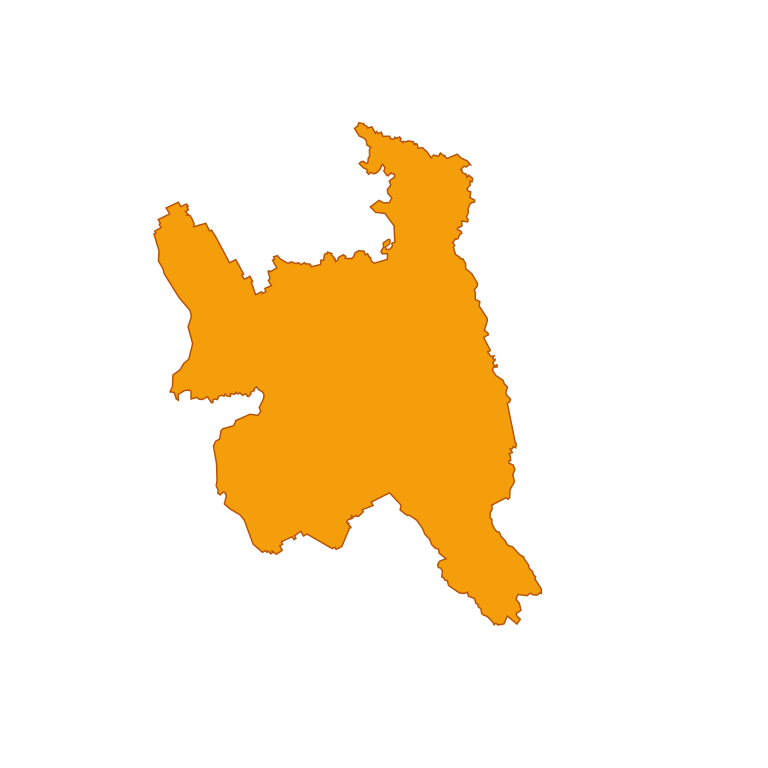 outline of Queanbeyan-Palerang, New South Wales, Australia, rotated 323°
{"feature_id": "25037944B93129192801754", "entity_name": "Queanbeyan-Palerang", "entity_type": "district", "adm_level": 2, "iso_a3": "AUS", "parent_name": "Australia", "parent_adm1": "New South Wales", "projection": "equal_earth", "projection_center": [149.699, -35.456], "detail": "fine", "context": "isolated", "style": "filled", "palette": "amber", "viewbox_px": 768, "rotation_deg": 323, "n_neighbors": 0, "source": "geoboundaries", "source_scale": "gbopen_adm2", "svg_char_len": 6171}
<svg xmlns="http://www.w3.org/2000/svg" viewBox="0 0 768 768"><g transform="rotate(323 384 384)"><path d="M497.1,407.5L497.6,405.5L496.5,401.5L504.2,396.0L506.0,393.4L506.9,379.1L510.1,375.9L507.8,371.0L511.6,366.6L512.8,363.1L517.1,362.1L519.2,360.0L520.5,348.9L518.7,341.2L521.6,336.8L522.3,331.3L520.3,329.9L520.8,328.5L519.1,323.6L521.6,316.8L523.9,315.7L523.9,312.5L528.1,311.2L530.2,312.5L534.8,310.1L536.7,310.6L537.4,308.3L535.5,304.7L536.9,303.7L541.4,304.7L544.1,300.5L548.3,304.8L550.0,303.6L550.3,300.2L554.6,297.9L556.2,294.9L561.4,291.7L566.1,293.1L567.0,291.5L564.8,286.8L568.9,282.8L567.3,280.5L567.6,278.2L572.8,276.8L574.6,273.7L575.9,275.6L578.5,273.4L577.4,268.3L574.6,268.8L575.9,266.1L573.9,262.7L574.8,260.6L574.2,258.8L578.8,258.3L580.5,260.3L584.2,259.8L584.9,260.8L584.8,256.1L581.4,249.4L580.9,244.6L570.4,241.9L569.4,239.4L570.2,238.3L569.0,237.4L568.1,233.5L564.5,234.9L561.4,231.0L557.7,231.6L558.1,224.7L556.9,218.3L553.1,216.3L554.8,212.6L554.1,211.1L552.4,211.4L553.2,208.2L549.4,204.1L547.3,204.0L545.5,202.0L544.5,202.8L543.5,199.2L545.1,198.5L545.2,196.0L543.1,196.0L541.1,193.5L540.7,194.5L538.2,193.8L536.9,191.6L537.7,189.6L532.1,185.5L533.4,181.3L529.9,180.3L530.0,177.9L528.0,178.5L529.1,171.3L524.8,169.6L525.4,167.6L523.7,164.7L524.5,164.0L521.0,160.2L518.6,162.1L514.2,162.2L513.5,171.0L516.2,176.1L516.0,179.4L514.2,183.0L515.9,187.0L513.6,187.8L509.4,193.6L507.5,194.1L504.0,197.7L502.2,196.8L501.7,194.1L500.1,192.9L496.8,193.0L497.8,199.5L499.3,202.0L499.1,204.0L497.9,204.2L497.9,207.2L500.9,207.1L501.9,209.5L504.0,210.8L509.2,210.5L515.0,207.4L515.0,211.8L512.0,213.9L511.8,219.1L512.7,220.3L516.8,219.4L516.8,221.0L518.4,221.8L518.2,223.7L516.6,225.1L510.3,225.1L509.1,229.2L503.7,230.7L501.8,234.1L502.2,240.2L497.1,242.3L492.8,239.3L490.6,234.4L479.7,234.3L480.6,241.9L487.4,248.3L487.3,263.6L477.9,277.3L475.0,276.3L473.7,279.0L469.8,279.9L467.0,278.2L467.0,275.7L473.2,275.3L475.5,272.5L474.5,271.1L468.1,271.0L466.1,274.4L461.5,276.2L460.8,278.0L461.4,279.4L465.3,282.0L461.6,286.5L449.0,281.7L447.8,278.6L449.3,274.7L448.4,274.1L449.3,270.0L446.8,269.5L448.0,265.9L444.0,262.3L439.4,261.9L436.4,264.1L433.5,264.2L428.6,260.3L430.3,259.1L429.3,256.3L423.6,255.5L421.9,257.2L418.9,257.0L420.1,255.0L419.4,254.6L420.3,253.6L419.8,248.8L420.8,248.4L418.2,244.6L417.0,245.6L414.6,244.5L410.3,248.8L408.1,247.1L405.2,250.4L396.6,246.6L397.2,243.9L393.5,240.7L393.6,239.3L389.5,238.7L388.6,235.6L386.1,234.8L383.2,230.4L380.5,230.3L379.1,228.3L376.3,221.3L376.2,217.4L372.4,216.0L371.9,218.4L369.5,218.0L368.3,226.7L361.0,226.1L360.6,224.5L359.2,224.3L356.5,231.1L353.9,231.7L353.3,237.6L346.4,236.0L345.1,239.1L341.4,238.8L341.8,236.7L335.2,235.5L339.3,222.8L340.8,223.1L341.7,217.3L335.9,216.4L335.5,215.0L336.0,211.4L338.0,211.8L340.5,195.5L333.6,194.2L338.2,165.1L338.9,157.3L336.8,156.9L338.4,148.4L326.5,143.8L328.7,141.9L330.0,136.9L330.5,132.5L328.2,130.6L329.5,130.5L329.2,126.6L332.6,127.2L333.1,124.1L334.5,124.4L334.6,121.4L328.5,120.0L329.2,115.1L316.0,112.3L315.1,119.2L302.7,116.8L302.1,121.1L300.6,121.2L300.0,124.9L292.9,124.0L292.6,126.3L290.6,125.7L284.5,142.2L277.9,150.0L276.9,158.5L274.8,163.9L272.4,191.4L273.3,208.8L270.6,214.4L262.0,220.4L255.4,236.7L243.0,246.7L236.2,247.1L229.8,249.9L220.9,249.8L213.4,258.8L208.4,261.5L211.3,264.5L209.1,271.0L210.0,273.2L213.3,268.5L220.9,269.2L225.1,272.0L225.2,274.0L220.9,279.9L226.5,282.1L227.0,284.6L229.5,287.0L235.4,288.0L234.9,295.0L236.2,295.8L237.8,293.6L239.9,294.1L241.4,296.1L244.8,294.4L247.5,295.3L248.9,297.4L251.0,296.4L251.4,299.1L253.7,301.5L255.6,299.4L258.8,302.5L260.7,301.5L261.4,304.1L263.5,304.1L264.1,307.7L268.0,308.8L267.5,311.7L268.2,312.5L271.3,312.1L272.7,310.4L276.4,311.2L277.5,309.7L280.5,309.6L280.4,312.6L282.2,317.4L281.7,320.5L278.8,323.3L270.1,327.8L269.2,331.6L264.5,333.2L258.9,327.6L243.0,323.8L243.7,324.3L238.6,326.8L228.6,322.8L225.9,323.1L219.6,329.0L215.2,328.4L210.4,330.9L202.5,346.6L192.5,360.7L188.8,364.2L187.6,369.1L185.5,371.3L186.4,373.9L190.7,373.6L191.7,374.7L190.8,378.5L184.3,383.7L185.7,390.7L190.4,402.2L190.4,409.1L183.1,433.0L185.6,445.2L189.4,445.9L189.1,447.9L191.1,448.3L191.4,451.5L193.3,451.7L194.2,450.0L195.5,455.2L202.6,455.6L203.4,450.5L206.5,451.0L207.1,448.3L218.7,450.6L218.5,454.2L220.8,454.2L221.3,451.4L229.0,451.5L228.2,456.9L232.3,457.6L243.6,484.3L246.5,484.9L246.2,487.2L252.6,488.4L269.9,478.2L270.9,478.9L271.5,478.2L270.8,474.7L272.2,474.3L270.7,472.0L273.3,470.7L277.4,472.1L276.9,471.1L279.0,469.6L279.0,471.7L283.1,472.4L282.7,473.6L284.2,474.4L290.6,473.5L290.9,471.3L302.2,474.4L302.7,470.6L323.0,474.3L324.7,490.9L321.1,494.4L323.2,502.3L325.4,504.4L328.2,512.6L327.8,522.6L326.2,528.7L327.0,535.2L325.5,540.8L325.9,545.5L328.2,548.9L326.2,552.3L328.4,560.9L322.2,559.0L318.4,560.3L317.0,563.1L318.5,565.4L318.1,568.6L314.0,572.9L315.0,574.6L314.5,577.1L316.2,579.1L314.3,583.8L318.5,596.2L321.7,599.4L325.3,600.6L323.7,604.2L327.2,609.9L325.4,614.5L326.4,616.9L325.1,618.5L326.2,621.9L324.1,625.4L324.1,627.8L326.5,631.6L327.6,639.5L327.0,642.5L329.2,642.3L330.1,645.1L335.4,647.8L342.8,643.5L345.7,655.7L351.3,653.9L350.5,649.7L351.1,647.0L357.2,647.1L360.1,640.6L359.9,635.3L364.3,632.7L371.0,639.2L374.9,639.0L376.2,642.1L379.2,644.7L382.4,644.5L383.7,646.0L386.3,642.2L387.2,630.3L389.1,629.3L388.6,626.3L389.8,623.1L389.1,618.2L390.5,615.8L390.7,607.7L391.5,606.4L389.6,601.8L388.7,591.5L386.0,587.7L385.8,585.7L386.5,581.6L385.7,576.2L387.0,571.8L385.2,569.9L385.1,566.0L386.4,560.0L388.7,557.0L388.1,554.7L391.1,551.0L395.2,548.9L397.2,545.6L412.7,548.2L413.8,550.7L415.8,550.5L421.0,544.3L429.4,540.5L432.2,534.1L437.2,530.8L438.4,526.5L436.1,522.1L437.6,520.7L439.1,521.4L441.7,516.9L441.8,514.9L445.3,516.0L445.6,511.7L447.5,512.9L449.5,511.7L450.8,514.2L453.9,511.1L453.5,510.0L470.9,473.5L473.6,474.0L475.9,472.4L475.2,467.1L476.0,464.3L480.8,460.7L480.1,456.6L481.3,452.6L478.5,444.8L478.9,438.4L481.4,436.4L484.8,438.5L485.7,436.6L483.1,436.1L483.7,432.4L487.1,431.8L487.6,431.0L486.1,430.8L486.6,428.7L488.8,427.8L486.0,426.2L485.9,422.1L486.1,420.7L489.1,421.4L491.6,406.7L497.1,407.5Z" fill="#f59e0b" stroke="#b45309" stroke-width="1.5"/></g></svg>